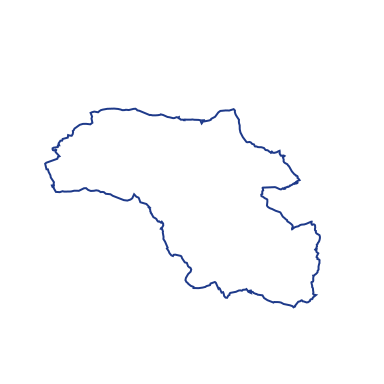 outline of Cepari, Arges, Romania, rotated 197°
{"feature_id": "2599482B57703941239263", "entity_name": "Cepari", "entity_type": "district", "adm_level": 2, "iso_a3": "ROU", "parent_name": "Romania", "parent_adm1": "Arges", "projection": "robinson", "projection_center": [24.502, 45.211], "detail": "fine", "context": "isolated", "style": "outline", "palette": "blue", "viewbox_px": 384, "rotation_deg": 197, "n_neighbors": 0, "source": "geoboundaries", "source_scale": "gbopen_adm2", "svg_char_len": 5977}
<svg xmlns="http://www.w3.org/2000/svg" viewBox="0 0 384 384"><g transform="rotate(197 192 192)"><path d="M312.1,238.0L309.6,234.9L309.6,232.9L307.5,229.1L309.0,227.0L313.3,226.2L316.3,225.2L319.0,223.4L322.9,218.3L323.2,216.5L323.8,215.5L323.2,214.4L323.0,212.4L323.5,210.6L325.5,210.2L327.1,210.2L326.7,207.7L331.2,204.9L331.2,203.2L332.8,202.6L333.8,199.5L332.6,197.8L333.9,197.3L333.7,196.4L333.5,196.2L333.5,195.7L337.3,193.9L338.1,193.0L337.7,191.9L337.2,191.4L336.3,191.4L335.5,191.8L334.9,192.5L334.2,192.5L334.1,192.0L334.5,191.1L334.1,190.3L329.2,187.4L330.4,186.4L330.5,184.4L339.9,177.4L340.7,176.1L337.8,171.2L336.4,171.5L334.9,169.2L332.3,166.6L331.3,164.6L326.9,161.0L326.8,159.8L326.1,158.2L327.9,157.3L326.9,156.1L326.3,156.4L325.6,156.3L325.4,155.3L322.2,152.3L318.4,153.2L316.0,154.9L314.3,155.0L307.9,157.1L305.0,158.8L300.5,160.1L296.4,164.0L294.4,164.7L291.9,163.6L289.1,163.4L286.1,164.5L284.1,165.6L281.8,165.9L279.2,165.2L278.0,165.8L276.3,166.1L273.9,165.1L269.3,166.0L266.7,165.2L254.8,164.3L251.3,164.9L248.6,166.8L247.3,168.5L246.7,172.9L243.8,171.2L241.5,171.0L240.8,170.3L238.4,167.1L232.1,167.2L227.9,164.8L228.4,164.5L228.2,164.4L227.0,163.1L226.5,162.2L226.2,161.2L225.5,160.7L225.3,160.1L225.1,160.1L224.7,159.5L224.2,159.4L223.9,158.9L221.5,156.6L220.2,156.4L218.2,155.8L216.9,154.5L215.6,153.8L214.9,154.3L212.6,153.6L212.2,154.7L210.4,153.4L209.7,151.5L210.2,149.3L211.0,148.4L211.1,147.7L209.7,147.8L208.2,145.7L208.1,144.7L206.1,140.8L205.6,138.7L203.2,136.6L199.0,131.6L199.5,130.6L197.3,128.9L195.6,126.9L193.3,125.4L191.5,125.2L191.1,126.6L189.7,127.2L184.1,127.6L183.2,127.2L182.2,125.8L178.3,122.6L176.2,122.7L174.1,119.9L172.4,119.1L171.4,119.1L170.1,117.7L170.0,115.4L171.7,112.4L172.7,108.1L172.5,105.8L171.0,104.3L169.6,103.8L168.9,103.2L165.7,101.9L162.8,101.7L162.5,100.6L157.5,102.0L153.9,103.7L151.4,105.2L150.7,106.2L147.6,108.2L147.5,109.9L143.8,112.6L142.7,112.2L138.4,107.2L138.0,108.1L137.2,107.8L134.3,104.4L133.0,105.3L132.1,104.2L130.7,101.8L129.0,100.8L127.5,101.1L127.0,103.6L126.1,104.4L126.3,105.7L125.9,106.7L120.8,109.4L118.4,111.5L116.9,112.1L115.4,112.2L114.6,113.4L112.3,114.3L111.6,115.1L110.3,114.2L108.9,113.0L106.4,112.7L107.8,114.5L106.9,115.0L106.1,113.9L104.7,114.2L103.7,113.5L101.2,113.2L100.5,113.4L99.3,113.0L94.4,113.8L92.1,111.7L88.2,110.6L81.7,110.1L81.3,110.8L76.7,112.1L74.6,112.3L71.6,111.7L65.2,112.3L62.5,112.2L61.2,111.4L60.0,112.6L60.3,113.0L58.3,118.1L56.8,119.0L55.7,120.4L55.2,120.5L54.6,120.0L54.1,119.8L53.6,120.0L50.1,119.9L48.8,120.5L48.5,121.0L47.4,122.1L47.4,123.4L47.2,123.9L46.7,124.3L45.9,124.6L45.5,125.3L45.6,126.0L45.5,126.5L43.3,129.7L45.7,129.5L46.1,129.7L46.5,130.3L46.5,131.4L47.4,133.2L48.0,134.8L48.6,135.7L49.4,136.3L49.5,137.2L51.3,140.2L51.3,140.8L50.3,141.5L50.1,141.9L50.2,143.1L50.7,144.3L51.3,147.0L51.6,147.4L50.8,147.7L50.6,148.4L49.4,150.0L48.7,151.4L48.5,152.0L48.8,153.2L48.3,154.8L49.2,157.7L49.4,160.2L49.3,161.3L49.7,162.4L50.1,164.1L50.5,164.5L52.5,164.6L52.7,165.7L53.8,166.1L53.9,166.9L53.3,170.3L55.3,171.0L55.8,171.7L56.0,172.6L57.1,172.7L57.4,172.9L57.0,173.7L56.2,174.3L56.7,175.0L56.8,175.7L56.5,176.4L57.3,178.2L56.7,179.0L56.7,180.2L56.2,181.2L56.2,181.8L56.0,182.5L56.1,184.7L56.4,186.1L56.8,187.0L57.5,188.0L60.6,188.7L61.4,189.2L61.9,189.9L62.1,191.0L63.0,191.3L63.3,191.6L63.7,192.9L63.7,193.8L64.2,195.0L64.4,195.7L64.9,196.4L65.9,196.7L66.6,196.5L67.3,195.8L67.9,195.8L68.7,196.9L68.9,198.6L69.3,198.5L73.4,195.0L75.2,193.8L77.7,192.8L78.8,192.1L80.3,190.3L82.1,189.3L83.4,188.3L84.5,187.0L85.2,185.7L85.4,185.6L85.7,186.4L85.5,188.3L86.2,189.5L87.6,190.3L89.6,191.1L92.2,191.8L92.5,192.1L92.7,192.7L93.0,193.0L94.3,193.3L95.6,194.0L98.0,195.0L101.4,198.2L102.1,198.4L106.5,198.5L110.7,199.2L112.3,199.2L114.5,199.7L115.7,200.3L116.4,201.1L117.1,204.8L117.8,206.8L118.2,207.0L120.7,207.4L122.8,208.2L124.3,208.3L124.7,209.1L125.0,209.8L124.2,210.7L124.9,212.7L124.9,213.6L124.4,214.3L124.9,215.3L125.7,216.5L125.5,216.9L114.1,220.9L112.9,220.9L109.3,220.4L108.1,220.4L107.2,220.8L106.4,222.0L105.7,222.0L104.8,222.9L104.4,222.6L104.4,222.1L104.2,222.2L103.8,222.5L103.8,223.6L102.3,224.8L101.9,225.1L101.6,224.9L100.2,226.2L100.2,226.8L99.7,227.0L98.2,228.4L97.5,229.6L96.7,229.6L96.5,230.4L96.0,230.3L95.7,231.3L95.5,231.2L95.6,230.6L95.3,230.4L94.8,230.6L93.9,231.3L93.8,231.6L94.9,232.0L95.1,232.4L94.4,233.3L92.6,234.8L94.4,236.1L95.3,236.4L95.5,237.6L95.8,237.9L96.5,238.1L97.4,238.0L98.1,238.7L99.0,238.7L102.5,240.9L106.8,245.0L107.9,245.5L108.9,246.4L111.5,246.9L112.7,247.4L113.5,248.3L113.7,249.6L114.0,250.1L115.2,251.7L115.1,252.2L114.2,253.1L114.0,253.5L115.0,253.7L117.3,252.7L117.9,252.8L118.5,253.7L118.9,253.8L119.5,254.5L119.8,255.9L120.3,257.0L121.4,256.1L122.6,254.8L124.8,253.5L126.1,253.2L127.5,254.0L127.7,253.7L127.7,252.7L127.9,252.5L128.7,253.0L129.6,253.1L131.4,253.9L132.5,254.0L133.2,253.7L134.0,253.7L136.1,255.1L138.7,255.1L142.0,254.2L143.6,254.4L145.0,254.0L145.5,254.3L146.6,255.6L148.6,255.6L150.0,256.5L151.5,256.7L153.8,255.7L154.6,255.8L159.4,259.3L163.1,263.1L164.7,266.0L165.9,269.7L167.1,271.5L167.6,272.6L168.0,273.8L168.2,274.8L170.9,277.0L172.9,278.8L174.3,280.8L174.8,282.5L176.4,283.4L180.2,280.8L183.5,279.9L188.6,277.8L190.1,275.8L191.9,270.7L195.0,267.6L195.1,266.6L196.4,265.5L200.5,263.3L201.3,264.2L202.7,263.7L201.9,262.9L202.8,260.4L204.2,262.0L204.6,263.0L205.0,263.1L207.1,262.8L210.7,261.8L213.1,261.4L214.0,260.9L220.1,259.1L220.0,258.5L220.8,258.3L221.0,258.7L224.0,257.9L225.4,258.6L226.3,258.6L226.5,259.7L227.1,259.2L228.7,259.0L230.4,257.6L231.6,257.1L235.2,256.9L237.4,256.6L242.1,257.2L244.4,257.1L244.4,256.9L246.8,255.6L248.9,254.8L252.0,253.8L254.1,253.6L254.9,253.2L266.1,254.3L268.2,254.1L269.1,254.7L270.4,255.1L272.2,254.4L276.4,251.9L279.3,251.3L280.2,250.7L282.6,249.9L284.4,250.0L287.0,249.8L290.8,249.0L297.3,246.8L301.4,244.7L303.1,243.6L304.2,242.3L305.1,240.8L309.0,240.3L311.0,239.0L312.1,238.0Z" fill="none" stroke="#1e3a8a" stroke-width="2"/></g></svg>